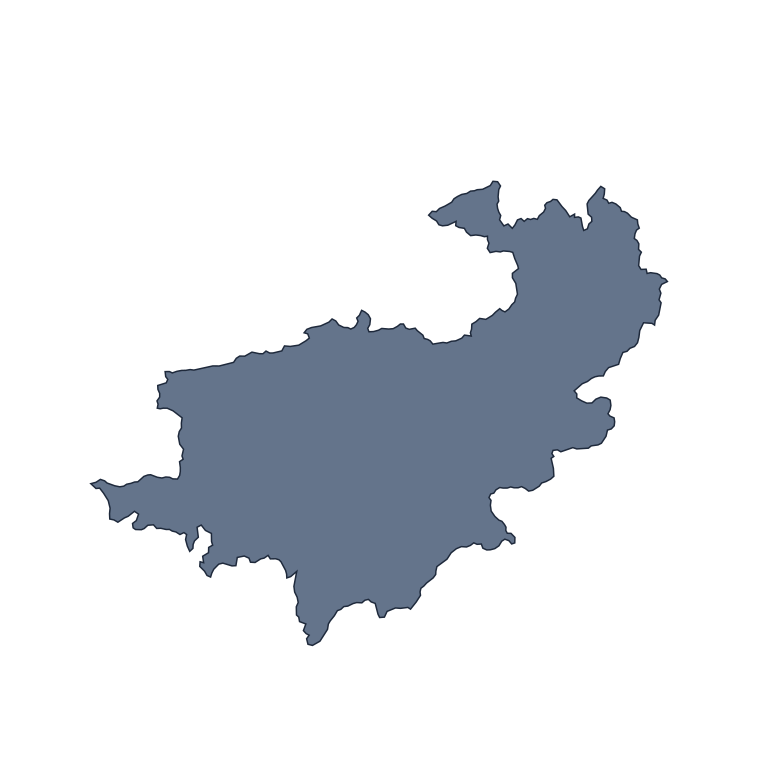 Iporanga, São Paulo, Brazil (Robinson projection), rotated 24°
{"feature_id": "56859067B48219000211613", "entity_name": "Iporanga", "entity_type": "district", "adm_level": 2, "iso_a3": "BRA", "parent_name": "Brazil", "parent_adm1": "São Paulo", "projection": "robinson", "projection_center": [-48.552, -24.49], "detail": "fine", "context": "isolated", "style": "filled", "palette": "slate", "viewbox_px": 768, "rotation_deg": 24, "n_neighbors": 0, "source": "geoboundaries", "source_scale": "gbopen_adm2", "svg_char_len": 6170}
<svg xmlns="http://www.w3.org/2000/svg" viewBox="0 0 768 768"><g transform="rotate(24 384 384)"><path d="M179.0,461.7L181.6,466.1L184.6,467.7L184.6,471.5L177.9,477.4L179.7,480.9L182.9,483.8L184.4,487.2L183.5,491.8L185.8,494.3L186.7,498.3L189.6,497.7L192.1,495.9L195.8,494.3L202.1,494.3L213.3,497.0L214.8,502.2L216.9,506.6L216.3,510.7L217.3,515.4L221.9,522.1L227.4,525.1L228.7,531.9L231.1,534.4L228.8,538.1L231.9,543.1L233.5,546.8L234.5,550.6L234.0,554.8L229.6,556.6L226.2,556.4L222.5,557.7L219.4,560.2L214.8,561.4L207.7,561.8L205.2,563.2L202.2,566.1L198.9,573.5L196.0,575.0L193.2,577.7L189.7,580.2L187.8,583.2L184.4,585.4L179.4,586.5L171.3,587.1L168.2,586.1L163.7,586.5L160.9,590.9L156.7,594.3L163.4,596.6L166.6,594.8L172.2,597.8L179.5,602.7L184.3,608.9L186.0,614.1L188.4,618.9L192.6,618.0L197.1,618.5L201.4,611.8L204.1,608.9L207.8,601.8L212.7,602.7L213.3,609.5L211.0,613.7L213.3,617.4L216.2,618.0L221.6,615.8L223.7,613.6L225.7,609.1L230.7,606.4L235.1,608.4L238.8,606.6L244.2,605.5L247.2,604.1L250.3,604.5L254.1,603.8L258.8,604.5L261.7,601.1L264.9,601.8L266.0,606.8L270.3,612.1L274.6,615.9L276.3,611.9L274.9,608.2L274.7,604.4L276.7,599.5L271.5,590.9L274.4,587.2L280.4,590.4L287.1,590.7L290.5,598.0L293.0,600.9L290.3,604.6L292.3,609.5L288.4,615.1L291.9,620.6L288.3,621.2L289.9,625.6L296.2,628.0L300.2,630.9L304.1,630.9L303.6,626.8L303.8,622.5L306.3,615.8L309.6,613.2L319.1,612.0L322.6,610.2L320.5,602.1L326.3,598.0L331.5,598.0L334.5,601.1L338.8,599.5L342.5,593.9L345.3,591.8L347.8,587.7L351.3,590.0L356.2,587.7L359.5,587.3L362.2,588.3L369.9,594.3L372.3,597.2L374.1,600.7L377.1,597.9L380.5,590.7L384.0,605.5L387.0,610.4L391.4,614.1L394.5,618.5L394.5,623.2L398.0,630.6L400.9,631.6L403.5,635.4L410.2,635.0L410.7,642.1L414.4,643.7L417.8,643.9L416.9,648.2L420.4,652.7L425.0,651.9L430.1,645.0L432.2,631.1L430.8,625.9L431.2,622.3L432.9,615.9L433.6,610.0L436.2,607.5L437.8,603.7L441.3,601.6L445.1,597.1L447.9,594.8L452.8,592.9L454.5,589.3L457.4,587.1L460.9,588.3L465.2,588.0L472.2,596.8L475.0,599.1L479.2,596.8L479.3,590.5L485.6,583.9L490.2,582.3L496.7,578.4L499.8,578.9L502.1,570.0L503.3,562.2L501.5,559.3L500.8,555.6L502.6,552.3L503.8,548.6L507.8,541.1L508.7,537.0L507.5,533.8L506.6,529.3L512.8,518.4L514.0,510.9L517.1,505.0L520.8,501.1L525.7,499.3L528.6,496.3L530.6,492.6L534.2,492.6L538.0,490.6L541.1,493.8L545.4,493.8L548.6,492.2L552.2,489.3L554.8,485.1L555.5,479.7L557.5,476.6L561.8,476.3L565.7,478.2L568.1,476.0L566.0,470.9L560.8,468.8L557.3,470.2L554.8,468.2L553.7,465.2L551.1,463.3L547.6,461.5L544.3,461.6L539.2,459.9L533.6,456.5L530.5,451.5L529.1,446.8L526.1,445.1L526.2,441.1L528.7,439.0L529.3,435.2L531.8,431.5L535.2,430.6L539.1,428.8L541.6,426.5L545.1,425.9L548.8,424.2L551.4,421.8L555.5,422.0L559.7,423.0L563.1,420.6L567.4,414.2L568.3,410.3L571.7,407.2L574.9,403.1L576.7,399.2L573.1,392.2L566.9,383.9L568.6,381.1L565.7,379.3L565.4,375.9L569.2,373.6L573.1,374.0L582.4,365.3L586.5,364.9L596.8,359.5L598.5,356.2L604.3,352.6L606.7,349.7L608.1,341.5L606.9,335.2L609.9,332.6L611.3,328.6L610.1,324.7L608.0,321.4L603.4,321.4L600.7,320.1L601.0,315.5L600.0,311.3L597.2,306.7L593.2,306.2L587.4,307.8L583.7,311.7L581.7,316.7L577.1,319.0L571.4,319.0L565.7,318.3L564.2,314.7L560.5,312.9L565.0,303.1L568.9,298.9L571.2,294.6L573.8,291.6L577.0,289.3L581.1,287.4L581.1,282.6L582.5,277.7L590.3,270.6L589.5,264.6L589.4,258.0L592.7,255.3L594.1,251.4L597.6,247.8L598.8,243.2L597.9,237.8L595.9,231.2L596.2,222.5L604.1,219.6L607.2,220.1L605.8,215.5L606.9,209.4L604.1,197.1L601.0,195.2L600.0,188.4L596.9,185.3L597.1,180.1L601.2,175.1L598.1,173.6L594.5,174.1L591.6,172.3L588.5,172.1L582.2,173.9L579.4,176.0L576.8,172.5L572.2,174.8L568.5,172.3L565.4,163.2L565.5,158.9L561.8,157.5L559.8,152.3L556.7,150.0L553.5,149.3L552.2,144.7L552.1,140.7L553.8,137.8L550.8,134.6L548.7,131.0L542.2,131.0L536.9,128.9L533.5,128.7L530.7,129.6L528.1,126.8L522.6,125.2L518.4,125.3L515.8,127.5L512.9,125.3L508.7,125.3L508.0,120.9L506.2,115.9L501.7,115.3L500.2,120.0L499.5,123.8L496.5,133.0L496.3,136.9L501.4,145.8L505.8,147.2L507.7,150.9L506.1,154.5L506.7,159.5L504.0,162.5L501.2,159.3L496.4,152.3L493.6,152.3L490.3,154.3L489.0,151.3L485.7,155.7L479.4,151.6L474.4,149.5L467.1,145.4L463.3,146.6L461.9,149.5L459.1,152.1L458.1,155.3L460.1,157.8L459.9,162.0L457.4,167.0L457.1,171.2L453.5,171.8L451.0,174.1L447.8,174.6L445.9,178.4L441.9,177.1L439.2,179.8L438.9,185.5L437.9,189.6L432.2,187.4L429.2,190.8L422.8,187.0L422.1,182.6L419.0,180.3L416.3,177.3L414.1,173.7L414.4,170.3L412.1,166.6L409.8,159.8L409.9,155.7L405.5,153.0L401.1,154.5L400.4,159.5L394.9,166.0L390.1,168.6L388.0,170.7L384.6,172.6L382.2,176.2L377.9,179.2L374.9,182.8L372.6,186.3L371.9,190.4L367.4,196.6L363.3,201.1L361.7,205.3L357.8,206.6L356.1,211.6L360.5,213.0L365.7,213.7L369.4,216.2L373.1,215.7L377.7,213.0L383.7,206.1L385.1,210.2L388.8,210.5L394.1,209.1L397.6,211.7L402.8,213.2L407.3,210.5L411.9,209.1L415.8,208.6L418.4,206.9L419.8,210.0L422.6,212.7L423.2,218.0L427.5,220.8L432.3,217.3L436.6,216.0L438.9,213.9L445.0,211.8L448.1,211.4L452.4,216.2L458.1,221.5L459.9,223.9L456.3,230.7L458.1,234.7L463.5,238.5L469.4,247.7L469.3,252.1L470.0,255.9L468.5,259.6L467.6,264.6L465.2,268.9L461.9,268.9L459.1,268.1L456.6,273.1L455.1,277.2L450.8,283.5L444.7,285.2L442.7,289.6L439.9,293.6L441.7,298.3L442.1,302.1L444.2,304.7L437.6,306.6L436.4,310.5L432.0,315.4L428.1,317.6L424.7,321.0L421.0,322.0L412.4,327.7L408.7,325.8L405.8,325.5L402.2,326.1L399.7,323.6L392.6,321.7L389.8,320.3L384.8,323.8L381.1,324.0L377.4,321.3L374.5,322.6L372.8,325.9L369.9,329.7L365.9,331.9L359.3,334.2L357.1,337.1L353.2,340.3L349.0,342.4L346.5,339.8L346.9,335.6L345.1,329.9L341.4,327.1L337.3,326.0L333.6,325.8L333.6,331.2L332.2,334.8L334.8,337.3L334.7,341.2L333.8,344.4L331.3,347.3L328.0,347.2L324.3,348.7L318.6,348.5L314.3,346.0L310.1,345.7L308.5,349.9L302.5,356.7L294.8,361.9L291.3,365.4L290.2,369.7L293.9,369.2L297.1,372.4L295.1,376.3L290.3,383.2L283.1,387.8L277.6,389.7L277.2,395.3L270.0,400.8L266.9,402.2L262.8,401.9L261.1,405.6L257.8,407.0L250.4,408.6L245.5,415.2L240.8,417.2L238.6,420.6L237.8,425.4L226.1,434.6L220.3,437.1L204.7,448.6L201.0,449.7L197.3,452.2L193.8,453.8L189.6,456.7L186.1,460.0L182.9,459.9L179.0,461.7Z" fill="#64748b" stroke="#1e293b" stroke-width="1.5"/></g></svg>